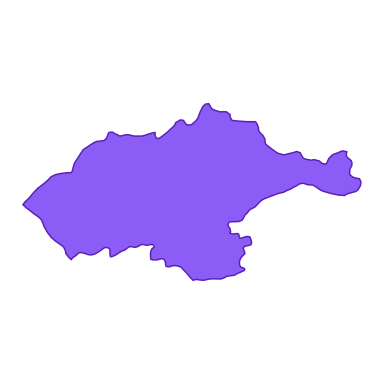 Hantsavichy, Brest, Belarus (Natural Earth projection)
{"feature_id": "67162791B6713137002494", "entity_name": "Hantsavichy", "entity_type": "district", "adm_level": 2, "iso_a3": "BLR", "parent_name": "Belarus", "parent_adm1": "Brest", "projection": "natural_earth1", "projection_center": [26.586, 52.677], "detail": "fine", "context": "isolated", "style": "filled", "palette": "violet", "viewbox_px": 384, "rotation_deg": 0, "n_neighbors": 0, "source": "geoboundaries", "source_scale": "gbopen_adm2", "svg_char_len": 4038}
<svg xmlns="http://www.w3.org/2000/svg" viewBox="0 0 384 384"><path d="M344.6,195.5L344.6,195.3L346.9,194.0L349.8,193.1L355.8,191.5L358.1,189.7L360.4,185.7L361.0,181.9L359.5,178.8L356.1,178.1L352.9,177.2L349.7,174.5L349.7,171.8L350.0,168.7L351.7,166.0L352.0,162.9L351.1,160.5L348.3,158.2L347.1,157.3L346.2,154.7L346.8,151.8L343.4,150.9L341.0,151.3L338.2,152.7L334.4,154.0L332.1,155.1L329.3,158.0L328.1,160.0L327.0,162.7L325.6,164.3L321.5,163.1L319.2,160.9L314.0,159.6L311.2,160.2L305.4,159.1L303.1,158.0L301.7,155.6L300.2,152.7L296.8,151.5L293.0,152.7L287.3,154.0L284.1,154.9L280.4,154.0L278.1,153.3L275.5,151.8L272.9,149.8L269.8,147.5L267.2,145.5L265.4,143.7L265.1,141.1L264.9,139.1L262.8,135.3L260.3,133.1L258.5,130.4L258.5,127.7L256.8,123.5L255.4,121.7L252.2,121.7L247.9,121.7L243.9,121.5L237.3,121.0L234.7,120.6L232.7,120.6L231.5,119.7L230.1,116.8L230.1,114.6L226.6,111.9L223.7,111.7L220.3,111.9L215.1,110.4L211.7,108.8L210.0,105.7L208.8,103.7L205.4,104.1L202.8,106.6L200.2,111.9L197.9,118.1L195.9,120.8L191.3,124.8L187.3,125.0L185.5,123.5L183.5,120.4L180.4,119.9L175.8,122.6L174.3,125.7L166.6,132.8L162.0,136.4L159.1,138.4L156.5,138.4L155.1,135.7L155.1,132.8L155.0,132.5L152.9,132.8L148.3,134.1L144.9,135.4L141.7,136.1L134.3,136.1L131.8,135.5L128.7,134.8L125.4,134.8L123.1,135.4L120.9,136.0L119.0,135.8L117.6,134.8L115.1,133.9L113.0,132.3L110.3,132.1L108.6,132.9L107.6,135.4L106.5,138.3L104.0,140.6L99.7,141.1L96.5,141.5L93.5,142.9L88.9,145.9L83.2,149.7L79.1,155.9L76.7,159.7L74.3,163.5L73.2,167.3L72.1,171.7L71.2,172.6L67.7,172.7L61.5,173.4L55.6,174.6L51.2,176.7L48.3,179.7L44.7,183.0L38.0,188.1L35.3,190.8L32.8,193.5L29.0,198.2L24.7,202.2L23.2,204.4L23.0,204.7L26.0,207.6L30.6,211.0L33.0,213.1L38.2,216.7L41.1,219.4L43.0,223.4L44.1,226.6L47.9,233.1L51.6,237.8L55.7,241.3L59.5,243.9L63.3,246.6L65.4,250.6L65.9,253.7L67.3,255.4L68.8,257.3L70.0,258.6L71.3,259.6L72.7,257.7L74.7,256.4L76.7,254.9L77.8,253.6L79.3,252.7L82.0,252.6L85.4,253.6L88.1,254.6L90.5,254.9L92.9,254.6L95.5,253.7L98.0,252.2L101.3,250.0L104.3,247.8L106.1,247.5L108.2,247.8L110.1,249.5L109.9,252.2L110.0,254.1L110.2,255.7L110.5,256.7L111.8,256.7L115.5,255.1L118.0,253.4L120.1,252.1L121.6,251.2L124.9,250.0L127.5,248.0L129.1,246.8L131.1,246.6L133.4,247.1L135.3,247.3L137.1,246.8L138.5,246.2L140.4,245.0L141.9,244.5L144.0,244.6L145.9,245.2L147.7,245.2L149.8,244.7L152.6,244.5L153.8,245.7L154.1,247.0L151.8,249.0L151.0,250.8L150.7,252.5L150.5,253.7L150.6,257.7L150.9,259.4L153.2,259.9L157.1,259.9L159.4,259.2L162.0,258.7L163.3,258.9L164.7,260.3L165.5,262.4L165.5,263.9L165.7,265.1L166.1,266.3L167.3,266.7L169.0,266.8L170.0,266.6L173.4,265.6L177.1,265.8L181.0,267.1L182.7,269.0L186.2,272.7L187.6,274.2L188.5,275.3L190.0,277.3L191.6,278.8L193.0,280.3L193.2,280.2L196.1,279.4L198.7,279.8L200.3,280.0L203.3,280.3L205.9,279.8L208.2,279.2L210.1,279.0L212.9,278.8L217.5,278.9L220.6,279.0L223.3,278.2L225.4,277.1L226.8,276.3L230.0,275.8L232.1,275.6L234.9,275.0L236.9,273.8L238.5,273.0L240.5,272.2L242.4,271.3L244.1,270.5L244.8,269.6L244.3,268.5L243.0,267.8L240.5,266.9L239.5,264.6L239.5,261.5L240.3,258.9L241.9,256.6L243.1,255.4L244.8,253.8L244.6,251.9L243.8,249.6L243.1,248.1L243.9,246.9L246.4,245.9L248.8,245.5L251.1,244.6L251.6,242.6L251.2,240.5L250.2,237.7L249.8,236.9L248.1,236.5L246.5,236.5L243.9,237.3L241.7,238.1L239.8,238.1L239.1,236.8L239.1,235.3L238.4,233.9L236.7,233.5L234.4,233.9L232.2,233.9L229.9,233.1L230.6,231.5L230.2,229.5L229.8,228.0L228.2,226.3L228.1,224.0L229.0,222.2L231.3,221.7L235.1,221.7L238.7,221.5L240.3,221.0L242.1,220.1L242.9,219.0L243.6,217.8L245.0,215.0L247.6,212.6L248.8,210.7L250.7,209.1L253.1,208.0L255.4,206.6L256.2,205.7L257.9,203.9L259.5,202.1L261.9,200.1L264.9,198.5L269.7,196.6L272.7,195.6L277.7,193.6L283.4,192.3L287.0,190.5L291.0,188.8L294.1,187.0L296.9,185.6L298.8,184.3L300.3,183.7L301.9,183.4L304.0,183.3L306.1,184.3L307.8,184.7L310.4,184.9L312.5,184.9L315.6,186.6L317.8,188.2L320.9,190.3L323.4,191.3L328.1,192.7L331.5,193.6L335.2,194.4L338.6,195.1L341.0,195.2L344.6,195.5Z" fill="#8b5cf6" stroke="#5b21b6" stroke-width="1.5"/></svg>